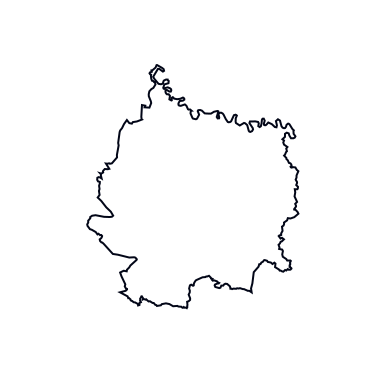 Tepalcatepec, Michoacán, Mexico, rotated 322°
{"feature_id": "50627088B49343756541823", "entity_name": "Tepalcatepec", "entity_type": "district", "adm_level": 2, "iso_a3": "MEX", "parent_name": "Mexico", "parent_adm1": "Michoacán", "projection": "natural_earth1", "projection_center": [-102.812, 19.079], "detail": "fine", "context": "isolated", "style": "outline", "palette": "ink", "viewbox_px": 384, "rotation_deg": 322, "n_neighbors": 0, "source": "geoboundaries", "source_scale": "gbopen_adm2", "svg_char_len": 6025}
<svg xmlns="http://www.w3.org/2000/svg" viewBox="0 0 384 384"><g transform="rotate(322 192 192)"><path d="M89.5,153.0L88.8,154.4L88.7,158.4L89.8,160.1L91.5,164.3L91.4,167.2L92.6,167.3L93.0,169.4L94.0,170.0L94.1,171.3L93.6,171.8L92.0,172.5L90.1,172.5L89.4,174.0L89.6,176.0L90.2,176.6L90.5,178.4L91.5,192.1L95.0,195.8L102.2,205.0L106.2,207.8L107.0,208.9L107.1,211.0L106.5,211.4L98.1,212.0L96.1,212.8L92.9,213.2L91.7,214.3L89.7,212.0L85.8,211.2L84.5,215.1L82.6,223.7L80.9,225.0L80.5,227.6L81.1,228.3L80.8,228.8L78.9,229.0L73.5,226.7L77.0,234.6L76.4,236.4L77.0,236.7L77.4,238.8L77.0,239.5L77.2,240.4L77.8,241.1L78.1,242.9L79.2,244.0L80.4,246.9L79.7,248.2L81.0,248.7L82.5,247.0L83.9,247.4L84.3,245.5L85.2,244.9L85.3,244.3L87.9,243.1L88.3,242.5L88.0,245.8L87.3,246.4L88.0,246.5L89.2,248.3L89.8,248.3L90.4,251.5L91.6,252.2L92.6,255.1L93.5,255.9L93.6,258.3L94.3,259.2L94.2,260.2L97.7,262.1L99.2,261.8L102.9,263.7L105.2,266.4L106.8,270.4L110.4,272.8L110.7,273.8L113.0,275.9L113.2,277.3L113.9,277.8L114.7,277.6L115.0,278.7L116.1,279.4L116.4,280.3L117.5,279.8L117.9,279.0L118.9,278.2L120.6,275.5L122.0,276.0L124.0,275.9L125.1,274.6L126.2,270.8L128.3,269.8L129.5,268.5L130.3,266.3L132.9,264.3L134.3,264.5L135.0,266.4L135.5,266.7L136.1,266.5L136.6,265.7L138.1,264.8L140.5,264.0L141.7,264.2L147.8,265.7L150.2,267.3L151.2,267.3L151.9,267.9L153.8,268.5L154.1,271.2L153.7,271.8L154.7,273.1L153.7,273.7L153.8,274.7L155.0,275.2L156.7,277.8L156.8,279.2L157.4,280.4L156.8,280.5L155.4,279.6L153.0,279.1L152.3,279.6L151.9,281.2L154.3,284.5L155.5,284.9L157.5,283.8L159.0,285.0L160.2,284.6L161.8,284.8L163.1,286.1L163.8,289.7L162.8,291.8L163.3,291.9L163.8,293.2L165.1,293.6L167.3,295.5L168.2,295.6L169.5,296.9L170.6,297.3L172.2,299.7L173.2,300.6L175.2,304.3L176.3,305.1L177.2,307.8L179.1,304.4L183.3,301.2L191.3,293.2L198.5,291.8L200.5,290.3L201.5,291.0L203.2,290.3L205.0,290.6L206.7,290.1L207.4,290.4L208.8,292.4L208.7,293.8L210.7,296.1L211.1,298.3L213.4,298.4L213.7,299.8L211.2,302.3L212.8,306.6L212.7,307.9L213.4,308.3L214.1,310.0L214.9,311.0L217.4,310.8L218.0,311.9L220.0,311.7L220.4,312.9L221.8,313.8L223.2,313.6L223.4,313.1L222.8,311.1L223.5,310.9L223.8,309.8L225.1,309.3L225.6,308.1L227.4,307.2L227.3,306.5L224.8,304.6L225.0,302.9L223.7,298.9L224.7,296.7L227.3,294.5L227.6,292.9L225.6,290.5L226.8,289.6L227.7,286.9L229.5,286.7L231.2,285.8L232.4,286.2L235.3,285.9L234.7,283.5L233.1,283.2L233.2,280.1L234.1,280.0L235.8,280.8L236.8,279.5L239.4,278.4L241.6,274.7L243.5,274.8L244.9,273.9L245.7,272.7L249.5,272.9L251.4,271.6L253.3,273.5L257.1,274.8L262.5,274.6L262.9,272.8L262.6,269.6L261.7,268.9L261.9,268.4L265.0,267.5L265.6,266.6L266.0,264.9L268.7,264.5L270.1,258.6L273.1,255.9L274.7,253.1L276.6,254.6L277.4,254.5L278.7,253.2L278.4,250.7L280.3,249.6L280.9,248.8L281.3,246.1L283.2,245.0L284.6,243.3L288.6,241.1L288.2,239.0L288.6,236.3L287.0,234.7L285.5,234.1L285.1,233.4L285.3,232.7L286.6,232.7L287.2,231.4L287.2,230.0L286.3,228.7L287.0,226.0L286.7,224.2L287.3,223.2L287.0,220.0L288.3,219.8L290.8,218.4L291.9,218.3L293.0,215.8L294.9,215.3L293.7,211.3L294.4,209.2L296.2,208.1L295.7,206.1L299.2,205.8L301.1,203.4L303.2,203.6L304.3,205.4L303.5,207.3L303.1,210.6L305.0,212.1L306.5,212.4L307.8,211.8L307.9,208.7L309.5,206.4L310.2,206.1L309.9,204.2L310.5,198.7L310.2,197.6L309.6,197.2L307.8,197.3L306.2,198.5L304.7,198.9L303.8,198.4L303.0,197.1L303.0,195.3L305.3,189.9L304.5,187.6L301.8,187.8L300.0,191.7L298.4,193.0L297.3,191.8L296.7,187.7L294.9,184.2L292.3,184.7L291.2,184.7L290.4,184.1L290.1,183.4L290.8,182.3L293.2,180.6L293.7,178.4L293.0,177.8L292.2,177.8L291.5,178.2L288.8,181.0L286.7,182.6L285.3,182.5L284.8,180.9L286.9,179.0L287.2,177.5L285.4,175.4L281.1,172.1L279.7,173.0L279.2,179.1L278.6,180.3L276.8,181.0L275.0,180.6L274.4,179.8L274.4,178.7L276.7,173.3L276.2,170.6L275.5,169.6L270.6,169.0L269.1,164.7L269.7,163.4L271.9,160.8L274.4,159.4L274.3,158.7L273.9,157.9L272.3,157.3L266.3,160.4L265.0,160.3L263.7,159.5L263.3,158.8L263.5,155.4L264.5,150.5L264.5,149.1L263.9,147.6L262.8,146.7L260.9,146.7L259.3,150.1L258.7,150.6L257.5,149.8L257.7,148.1L262.2,144.9L262.4,144.5L261.9,143.8L258.7,142.3L255.2,141.9L252.1,139.4L250.4,137.8L249.9,134.0L248.9,132.4L247.3,131.4L246.3,131.8L245.2,135.5L241.1,137.3L239.9,137.1L238.0,134.8L238.0,133.7L239.2,129.2L240.4,127.9L241.2,127.4L241.7,127.7L241.3,125.8L240.0,124.9L239.8,124.3L240.7,120.6L240.3,118.6L236.2,117.2L235.1,116.0L235.0,115.0L235.9,113.8L238.3,112.7L241.0,114.4L242.8,114.5L243.4,113.6L243.3,112.6L243.0,112.0L240.1,111.3L237.4,109.7L235.4,107.4L235.4,105.8L235.0,105.3L233.9,105.4L232.5,107.3L232.1,107.2L231.2,105.1L233.8,102.7L233.8,100.6L232.4,99.5L232.3,98.7L232.4,97.5L233.3,96.0L234.3,95.7L235.0,96.1L236.0,98.9L237.1,99.8L238.1,99.3L238.8,98.2L238.6,96.9L237.3,94.6L235.0,93.6L233.6,93.7L233.3,93.1L233.5,92.2L236.5,90.2L240.4,91.8L242.0,90.2L241.7,88.8L242.0,88.4L240.8,87.4L238.7,86.9L237.8,87.1L236.1,88.4L234.6,88.4L233.5,87.6L232.2,86.1L232.0,79.4L232.4,77.3L241.0,74.0L242.0,74.9L243.2,79.2L244.6,79.3L245.3,77.7L244.8,75.7L242.6,70.4L242.2,70.2L239.9,71.5L236.1,71.7L234.9,71.2L234.4,72.5L232.5,71.9L231.6,72.3L231.5,73.4L232.0,74.4L231.1,75.2L229.6,77.7L229.0,79.7L229.8,80.7L229.8,82.0L230.4,82.4L229.4,84.8L225.6,86.2L223.3,85.9L220.4,86.4L218.1,88.3L216.9,90.0L215.4,95.2L214.6,96.8L210.4,99.3L206.8,96.1L208.3,95.2L206.1,92.7L198.4,101.5L197.1,103.6L197.2,104.1L192.0,102.5L188.4,100.5L186.7,101.1L185.0,99.1L185.0,95.2L180.3,96.6L176.2,98.6L173.3,99.3L171.9,100.2L164.0,107.9L162.9,110.1L155.6,116.6L154.2,118.6L146.5,120.1L144.7,119.2L144.4,118.4L142.7,117.6L141.7,116.6L141.1,122.8L139.7,122.2L137.4,120.2L135.0,120.6L134.3,121.1L134.0,121.9L131.9,121.7L131.1,120.6L131.2,122.0L130.4,122.8L129.1,125.7L128.5,123.9L127.6,122.8L126.2,122.5L124.8,124.0L124.5,125.8L125.6,127.3L124.6,128.5L122.6,129.9L121.0,132.7L119.3,133.9L117.4,137.4L114.3,138.3L115.0,143.2L115.0,151.3L115.9,157.5L115.3,162.1L113.7,162.2L111.8,161.1L107.4,157.4L101.7,150.9L98.7,149.2L96.3,149.1L95.6,150.1L92.5,150.7L91.4,152.2L89.5,153.0Z" fill="none" stroke="#020617" stroke-width="2"/></g></svg>